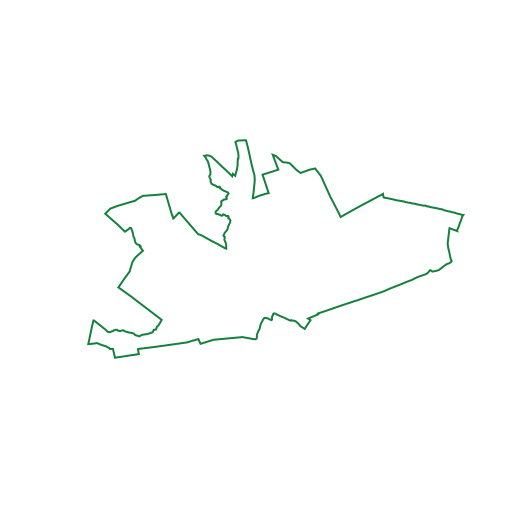 Niculesti, Dâmbovita, Romania (Equal Earth projection), rotated 230°
{"feature_id": "2599482B73950488688703", "entity_name": "Niculesti", "entity_type": "district", "adm_level": 2, "iso_a3": "ROU", "parent_name": "Romania", "parent_adm1": "Dâmbovita", "projection": "equal_earth", "projection_center": [25.943, 44.679], "detail": "fine", "context": "isolated", "style": "outline", "palette": "green", "viewbox_px": 512, "rotation_deg": 230, "n_neighbors": 0, "source": "geoboundaries", "source_scale": "gbopen_adm2", "svg_char_len": 6087}
<svg xmlns="http://www.w3.org/2000/svg" viewBox="0 0 512 512"><g transform="rotate(230 256 256)"><path d="M130.7,381.1L130.0,382.3L129.4,383.3L127.7,386.8L127.4,394.0L127.1,397.4L126.3,399.1L126.1,400.4L126.1,402.0L126.3,402.6L129.2,403.5L135.2,406.8L138.3,408.3L141.7,410.4L142.6,411.1L152.1,421.2L152.9,422.1L145.7,426.2L146.1,426.4L146.4,426.6L147.8,429.1L148.0,429.7L148.5,430.8L149.0,431.5L149.9,432.8L150.5,433.8L150.7,434.5L153.7,439.4L154.1,441.1L154.3,440.9L155.0,440.4L156.8,439.1L157.4,438.8L158.1,438.1L159.6,437.1L161.7,435.9L163.1,434.6L164.7,433.6L166.6,432.1L168.2,430.9L170.4,429.4L171.0,429.1L172.2,428.5L173.3,427.6L173.6,427.2L173.8,427.0L174.8,426.4L177.2,424.5L178.2,423.7L178.5,423.4L181.8,420.7L182.2,420.5L182.7,420.3L182.8,420.3L183.1,419.9L183.4,419.5L183.9,419.1L184.5,418.7L184.9,418.6L185.5,418.2L186.1,417.9L186.3,417.5L186.5,417.1L186.8,416.7L187.5,416.2L189.0,415.0L190.1,414.2L190.6,413.7L191.1,413.4L191.5,413.1L191.8,412.7L192.4,412.2L192.8,412.0L193.5,411.6L194.5,410.8L194.8,410.6L195.3,409.9L195.6,409.7L195.8,409.5L196.2,409.2L197.0,408.8L198.9,407.0L199.5,406.6L200.1,406.1L200.5,405.7L200.8,405.4L202.6,404.5L202.9,404.1L203.3,403.7L203.6,403.4L204.1,403.2L205.6,401.9L206.1,401.5L208.0,399.7L209.5,398.7L210.6,397.8L212.2,396.7L212.7,396.2L213.1,395.8L213.4,395.6L213.7,395.6L214.2,395.2L214.8,394.6L215.9,393.8L217.4,392.5L217.8,392.1L218.3,391.7L218.8,391.5L219.5,391.7L219.9,392.1L220.6,392.4L221.2,392.6L221.9,393.2L227.3,367.8L229.8,355.0L231.5,345.9L231.9,346.0L235.6,347.0L251.2,350.5L253.5,350.9L253.9,351.1L273.2,356.5L276.3,357.3L276.5,357.3L276.6,357.2L285.0,357.6L287.7,352.5L290.9,343.6L295.0,342.5L297.3,342.2L303.4,341.7L305.4,341.4L306.9,340.4L310.7,336.8L319.9,335.5L322.8,333.9L307.8,328.6L310.8,321.2L314.1,313.3L296.0,306.1L297.8,302.8L298.3,301.2L300.3,296.6L301.2,293.3L301.7,292.1L301.9,291.3L302.3,290.6L308.1,296.9L314.9,303.8L318.5,306.5L327.2,310.6L333.4,313.8L333.9,314.0L336.9,315.7L341.4,318.0L343.9,319.3L351.1,322.7L354.5,318.4L355.9,316.5L356.1,315.6L356.4,314.8L356.5,313.4L355.2,313.0L350.3,310.5L346.3,308.6L343.5,306.6L341.9,305.0L342.2,304.6L339.3,301.9L337.6,300.5L336.0,298.7L334.8,297.3L330.8,291.6L333.8,291.1L332.4,289.1L342.2,288.0L346.6,287.4L352.6,286.8L358.8,286.0L360.3,285.8L361.7,285.4L362.2,285.1L363.3,284.4L364.8,282.9L365.4,281.9L366.0,280.8L363.9,280.8L362.1,280.3L359.4,279.9L356.8,278.8L351.6,276.3L349.7,275.2L347.7,273.4L347.4,272.0L346.7,271.2L345.6,270.8L343.5,270.4L342.1,268.9L339.8,268.4L337.9,269.1L336.6,269.9L334.9,270.6L333.7,270.6L333.4,271.1L332.9,271.3L332.7,271.7L332.7,272.4L332.2,272.6L331.7,272.6L331.5,272.3L330.9,272.0L330.5,272.3L329.2,272.5L327.5,273.0L326.0,273.6L324.0,274.8L322.5,275.3L321.5,275.1L321.1,274.0L321.0,272.9L320.6,272.5L320.5,272.1L320.6,271.9L320.7,271.5L320.4,271.1L319.1,270.7L318.7,270.5L318.5,270.1L318.9,269.2L319.9,267.7L319.9,266.3L320.3,265.1L320.2,264.5L319.5,264.1L318.6,263.3L317.6,262.4L317.2,261.8L317.0,260.8L316.8,259.1L316.4,257.6L316.0,256.4L316.0,255.4L316.0,254.3L315.6,253.2L314.8,252.7L313.9,252.6L313.4,252.8L312.6,253.8L310.1,255.0L308.8,255.7L308.6,256.1L308.7,256.6L309.1,257.3L309.0,257.5L307.9,258.3L306.8,258.7L305.8,258.9L305.2,259.4L304.8,260.1L304.4,260.4L303.7,260.3L302.8,259.1L301.5,259.5L300.6,259.5L299.7,259.2L298.5,258.0L297.2,255.1L296.1,253.0L295.1,251.8L294.4,250.3L293.9,247.1L293.4,245.9L292.5,244.2L291.8,244.1L290.8,244.4L289.9,243.5L289.3,242.8L288.7,242.2L287.5,241.8L285.5,241.3L284.8,240.8L284.1,240.6L282.5,239.3L281.4,238.4L280.7,238.0L280.7,237.8L283.3,236.7L289.9,234.3L295.9,231.7L307.0,227.5L310.0,225.7L338.3,225.3L338.4,225.2L338.8,224.9L337.9,217.8L337.9,216.7L341.1,218.1L341.2,217.9L359.4,225.9L361.5,226.7L367.2,218.5L374.0,209.1L374.6,208.6L375.5,204.7L376.0,200.1L376.1,198.2L376.4,198.1L383.2,182.6L385.9,175.0L385.3,167.7L367.5,170.4L358.9,171.2L358.5,174.9L358.6,176.5L358.5,177.5L357.7,178.2L356.3,177.8L355.0,177.4L352.4,176.2L349.6,174.6L347.8,174.3L345.9,173.2L344.7,172.6L343.0,172.2L341.8,172.3L340.6,172.8L339.4,173.7L337.7,173.9L337.7,173.2L337.7,172.9L337.1,172.9L335.8,172.9L333.7,172.8L332.7,172.8L332.6,171.9L332.7,171.1L332.6,169.4L332.5,165.2L332.3,162.2L330.8,157.5L326.1,150.3L325.4,149.5L322.6,138.2L321.9,135.9L320.4,130.4L305.6,134.2L267.7,142.7L266.7,140.1L265.7,137.2L265.5,136.3L265.6,134.8L263.9,132.1L265.2,130.2L264.3,128.6L264.1,127.7L264.7,125.8L265.5,123.9L266.7,121.5L268.6,118.5L269.1,117.3L269.3,115.6L269.8,114.6L271.1,114.0L272.2,113.1L273.4,112.6L275.4,112.4L277.1,111.2L279.0,109.6L281.1,108.0L282.9,107.0L284.2,106.7L285.1,105.5L285.7,104.0L286.6,103.0L287.2,102.5L288.7,102.1L289.7,101.1L290.4,99.6L290.4,98.1L291.0,97.2L291.4,95.2L292.1,94.5L293.4,93.6L296.3,93.4L310.0,90.6L311.1,90.1L307.7,85.4L296.3,70.9L294.9,72.8L291.4,78.3L287.1,80.5L283.2,83.1L280.0,84.3L278.5,84.4L276.8,86.7L268.7,82.6L256.2,103.2L260.5,105.6L260.5,106.0L251.3,120.2L242.5,134.2L236.1,144.5L234.1,147.6L232.1,152.4L229.4,158.5L224.4,157.0L219.2,169.5L202.6,193.5L194.0,200.6L192.5,202.1L192.4,202.8L192.4,203.4L192.7,203.9L194.0,205.1L195.0,206.0L195.8,207.2L197.1,209.8L197.7,211.6L200.7,215.7L202.1,219.0L203.1,221.6L203.0,223.0L200.9,224.8L197.1,226.4L197.0,227.3L199.3,229.4L199.8,231.1L200.5,231.8L200.4,233.1L199.7,233.5L193.7,236.3L190.9,237.8L190.1,238.2L189.7,238.3L188.6,238.8L187.5,239.3L186.9,239.6L185.7,240.2L185.5,240.3L185.0,240.5L184.5,240.8L184.1,241.1L184.0,241.4L184.1,241.8L183.6,242.0L182.4,243.1L182.1,243.5L181.4,243.9L180.6,244.3L179.5,244.6L177.4,244.9L175.8,245.0L174.7,245.0L174.0,244.8L173.6,244.9L172.9,245.2L171.1,245.7L170.4,246.0L168.8,246.4L170.0,250.1L171.8,256.5L174.6,255.7L174.1,257.3L171.3,266.1L172.2,266.4L169.0,274.4L165.6,283.3L162.7,290.8L161.0,295.2L159.6,298.5L158.4,301.7L156.8,305.4L154.0,312.8L151.2,319.8L150.9,320.4L150.1,322.7L149.1,325.1L147.6,329.1L146.5,332.1L146.4,332.6L145.7,335.0L145.1,337.3L142.1,346.0L139.3,354.8L137.4,360.2L136.8,363.1L136.2,365.4L135.7,367.0L132.9,374.5L132.6,376.1L132.8,377.9L133.2,379.6L133.2,380.3L133.0,380.5L130.7,381.1Z" fill="none" stroke="#15803d" stroke-width="2"/></g></svg>